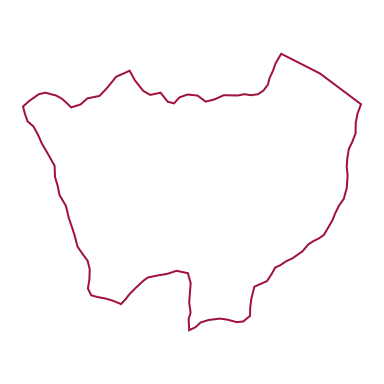 Santa Cruz da Conceição, São Paulo, Brazil
{"feature_id": "56859067B94691045798687", "entity_name": "Santa Cruz da Conceição", "entity_type": "district", "adm_level": 2, "iso_a3": "BRA", "parent_name": "Brazil", "parent_adm1": "São Paulo", "projection": "natural_earth1", "projection_center": [-47.493, -22.126], "detail": "fine", "context": "isolated", "style": "outline", "palette": "rose", "viewbox_px": 384, "rotation_deg": 0, "n_neighbors": 0, "source": "geoboundaries", "source_scale": "gbopen_adm2", "svg_char_len": 1465}
<svg xmlns="http://www.w3.org/2000/svg" viewBox="0 0 384 384"><path d="M77.5,246.6L82.9,254.5L87.6,260.7L89.7,269.3L89.4,279.5L87.9,288.5L91.2,295.3L97.6,297.1L104.6,298.3L112.4,300.5L121.0,304.1L125.4,299.4L129.7,293.9L136.2,287.4L143.3,280.8L147.8,277.5L157.9,275.4L167.2,273.9L176.5,270.8L187.9,273.2L190.7,283.1L189.8,293.9L189.2,302.7L190.6,312.6L188.6,319.1L189.2,330.2L195.5,327.2L200.6,322.5L208.5,320.0L219.8,318.6L227.6,319.7L236.6,322.1L243.2,321.5L250.0,315.9L250.2,307.6L251.4,298.5L254.4,286.7L267.0,281.1L271.7,273.9L275.2,267.5L280.3,265.2L286.2,261.2L292.5,258.3L302.6,251.2L308.3,244.4L313.1,241.3L318.7,238.5L323.8,235.0L328.0,227.9L332.7,219.7L335.2,213.3L339.0,205.6L343.8,198.8L346.8,187.8L347.6,175.3L346.7,166.9L347.3,158.4L348.9,148.8L352.1,142.3L355.6,133.2L355.7,123.0L357.5,113.7L361.0,104.2L320.0,73.5L281.2,53.8L275.6,63.3L272.7,71.4L269.6,77.9L267.9,84.6L263.4,90.6L258.0,94.2L251.1,95.2L244.3,94.2L237.7,95.5L223.8,95.2L214.2,99.5L205.6,101.6L197.6,95.6L187.7,94.5L179.4,97.4L174.0,103.4L167.7,101.7L160.6,92.7L150.2,94.9L143.3,90.9L134.9,80.4L129.6,70.7L124.2,73.2L116.2,76.7L107.3,87.7L99.5,95.9L92.7,97.3L87.3,98.4L80.5,104.5L71.2,107.4L66.8,103.1L62.0,98.8L56.1,95.5L45.3,92.7L38.8,94.2L29.3,100.9L23.0,106.5L25.1,114.4L27.5,121.2L33.7,126.8L38.1,135.0L41.8,143.4L48.9,155.6L54.6,165.8L55.0,176.9L57.9,186.7L59.4,194.8L65.9,205.9L68.9,218.3L72.1,227.6L74.5,235.0L77.5,246.6Z" fill="none" stroke="#9f1239" stroke-width="2"/></svg>